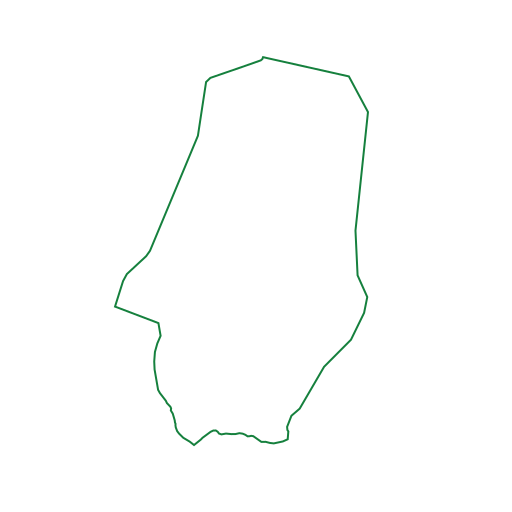 an SVG outline of Al Jawf, rotated 287°
{"feature_id": "YEM-335", "entity_name": "Al Jawf", "entity_type": "Governorate", "adm_level": 1, "iso_a3": "YEM", "parent_name": "Yemen", "parent_adm1": "", "projection": "orthographic", "projection_center": [44.939, 16.605], "detail": "fine", "context": "isolated", "style": "outline", "palette": "green", "viewbox_px": 512, "rotation_deg": 287, "n_neighbors": 0, "source": "natural_earth", "source_scale": "10m", "svg_char_len": 1082}
<svg xmlns="http://www.w3.org/2000/svg" viewBox="0 0 512 512"><g transform="rotate(287 256 256)"><path d="M166.4,136.0L169.8,136.0L193.2,136.2L201.0,137.8L223.7,151.0L230.0,153.1L259.5,156.0L294.0,159.4L320.3,162.0L354.0,165.3L377.0,161.9L407.8,157.4L413.0,160.3L422.1,172.8L432.5,187.1L444.5,203.4L446.2,204.5L448.2,204.6L454.9,292.3L426.4,321.0L309.4,343.7L267.2,358.8L249.3,374.4L233.2,376.0L203.7,371.3L170.0,353.5L122.8,342.4L113.6,336.6L101.7,335.7L98.8,336.9L97.7,338.2L90.0,339.9L86.5,335.9L82.0,327.8L81.3,324.0L81.1,319.5L79.8,315.5L82.9,306.1L82.6,303.9L81.8,302.6L81.1,300.7L81.9,298.1L82.2,295.2L81.7,291.9L79.7,288.4L78.5,284.6L77.4,279.2L75.3,275.1L75.4,272.5L76.7,270.8L77.4,268.6L76.6,266.2L74.6,264.0L66.5,258.0L64.3,256.9L57.1,252.0L59.1,246.9L60.9,239.6L63.7,234.3L65.5,231.8L68.6,229.4L70.5,228.5L72.0,228.1L73.1,227.2L75.1,226.3L80.9,222.5L83.4,219.7L85.4,219.4L86.8,218.2L89.3,213.8L91.2,212.1L96.8,204.2L99.4,201.5L117.8,192.2L125.4,189.5L134.7,187.4L143.6,187.2L151.8,188.1L163.3,182.3L166.4,136.0Z" fill="none" stroke="#15803d" stroke-width="2"/></g></svg>